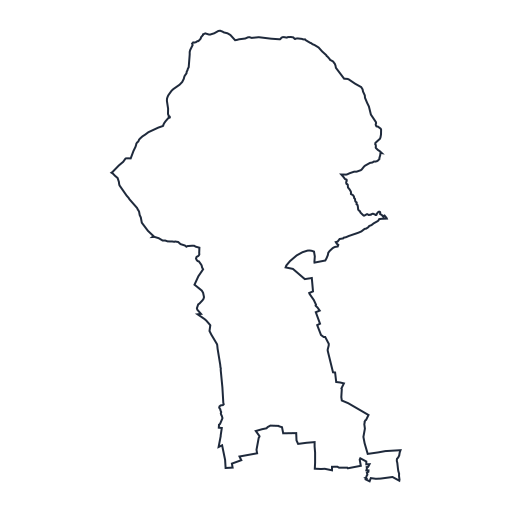 Beclean, Brasov, Romania (Mercator projection)
{"feature_id": "2599482B11377759277161", "entity_name": "Beclean", "entity_type": "district", "adm_level": 2, "iso_a3": "ROU", "parent_name": "Romania", "parent_adm1": "Brasov", "projection": "mercator", "projection_center": [24.929, 45.848], "detail": "fine", "context": "isolated", "style": "outline", "palette": "slate", "viewbox_px": 512, "rotation_deg": 0, "n_neighbors": 0, "source": "geoboundaries", "source_scale": "gbopen_adm2", "svg_char_len": 6031}
<svg xmlns="http://www.w3.org/2000/svg" viewBox="0 0 512 512"><path d="M399.3,480.7L399.5,479.7L399.0,475.9L399.1,473.7L398.3,471.0L398.0,469.0L397.3,462.9L396.8,460.9L396.9,459.4L397.0,458.8L398.2,457.5L399.2,455.5L399.7,452.5L400.5,450.2L385.3,451.1L378.2,452.4L367.7,453.9L364.6,443.2L363.4,436.9L364.9,428.6L364.3,424.1L364.7,422.6L364.5,422.0L365.3,420.4L366.1,419.9L368.5,415.0L348.2,403.2L341.8,400.5L341.3,397.1L341.8,389.1L341.4,388.5L343.9,383.4L340.2,382.5L336.2,382.0L335.1,372.5L333.0,372.3L327.7,350.7L327.7,349.5L328.7,345.6L328.8,343.9L325.2,337.0L323.7,337.0L321.0,335.0L317.2,325.1L320.0,323.7L315.8,312.2L319.7,310.6L317.5,307.5L315.7,305.8L315.6,305.4L316.0,304.7L313.8,300.0L309.6,294.0L309.2,293.0L313.0,291.4L311.8,278.0L304.8,279.1L292.9,268.9L285.6,267.4L286.3,265.5L290.0,261.1L296.7,255.4L302.5,252.2L307.5,250.6L309.6,250.5L311.7,250.8L314.0,251.6L314.8,256.4L314.4,261.9L314.5,262.6L325.3,260.5L326.5,258.3L327.8,255.2L328.3,252.7L329.7,250.9L332.6,248.2L333.7,247.5L335.1,246.9L337.7,246.5L338.3,244.9L336.8,243.7L335.8,242.1L337.6,241.6L339.6,239.0L343.2,238.4L343.7,237.7L346.0,237.2L349.0,235.9L358.4,232.7L361.4,231.4L364.6,228.9L366.2,228.6L368.3,227.2L369.2,226.0L371.5,225.1L373.6,223.4L377.7,221.1L378.4,220.5L379.2,219.1L381.6,218.8L386.8,218.6L386.5,217.9L384.5,215.5L384.1,215.7L383.8,216.6L383.4,216.9L381.9,215.1L380.1,214.0L380.2,212.6L380.1,212.1L379.5,211.7L378.6,211.8L377.8,212.5L376.8,213.8L376.5,214.8L376.2,215.0L375.5,215.0L375.0,214.5L372.9,213.7L371.5,214.2L370.8,214.8L370.3,214.6L369.1,215.0L368.7,215.0L367.4,214.2L366.9,214.2L364.3,215.6L363.7,215.6L363.2,215.2L360.5,212.6L360.2,212.0L360.1,211.4L358.8,210.4L358.2,209.6L357.8,206.3L357.5,205.0L356.5,204.2L356.7,202.9L356.6,202.4L355.6,201.7L355.3,201.2L355.0,199.2L354.9,198.8L354.2,198.2L353.9,196.4L352.8,195.0L351.0,194.1L350.9,193.8L351.0,192.3L350.8,191.5L349.5,189.3L348.0,187.5L347.7,184.6L347.2,184.1L346.6,184.0L346.4,183.6L346.2,182.9L346.2,182.0L346.7,181.0L346.7,179.9L346.4,179.5L345.6,179.4L344.9,178.9L343.5,177.0L341.3,174.5L346.2,174.6L347.3,174.3L349.7,173.2L354.1,171.7L356.5,171.7L360.8,170.2L361.7,169.5L364.0,166.6L365.0,165.7L370.0,162.9L372.4,162.5L374.0,161.5L375.3,161.6L376.9,161.2L378.0,160.5L379.4,159.0L379.4,158.0L380.2,155.2L380.5,152.9L381.8,153.1L379.8,151.2L377.8,149.9L375.9,148.0L375.7,147.3L375.9,146.1L375.6,144.6L375.2,144.2L375.4,142.9L380.0,138.7L380.5,137.3L381.0,134.5L381.1,129.7L380.7,128.7L377.9,126.6L376.5,126.4L375.9,125.4L375.7,124.3L376.1,123.2L375.9,122.1L370.9,114.6L368.9,106.5L367.1,102.8L365.0,97.8L364.8,95.4L363.0,91.5L362.6,89.4L361.2,87.1L355.1,83.7L348.6,79.3L347.3,78.9L344.1,78.7L335.9,67.8L335.5,65.6L334.7,63.6L333.9,62.7L333.5,62.0L332.8,61.3L330.0,59.8L329.6,59.0L327.4,56.5L326.7,56.1L326.3,55.2L322.1,51.4L318.6,47.5L314.5,45.0L312.5,44.2L311.1,43.1L310.5,43.0L308.1,41.6L305.6,40.1L305.1,39.4L303.2,39.4L301.9,38.9L297.6,38.4L295.8,38.6L295.1,39.0L294.7,38.9L293.3,37.4L290.9,37.0L287.9,37.1L286.8,37.6L283.8,37.1L282.5,37.2L281.5,37.7L280.2,39.2L279.8,39.3L271.1,38.7L258.8,37.2L251.6,37.9L249.5,37.2L248.0,37.3L245.3,38.5L239.0,39.3L237.0,39.9L235.1,40.2L230.4,35.0L227.5,33.3L223.8,32.4L222.5,31.6L220.1,30.7L218.3,31.0L214.2,33.3L210.0,34.6L208.8,34.5L205.3,33.4L203.0,34.4L203.0,35.0L201.0,37.3L200.8,38.3L200.4,39.0L198.8,40.7L198.3,41.1L197.5,41.1L195.9,42.2L194.2,42.6L193.2,42.4L192.1,43.6L192.5,44.6L192.6,45.1L190.2,50.0L189.7,51.9L189.7,54.5L188.7,67.2L187.8,68.9L187.5,70.2L186.7,71.7L186.5,73.3L184.7,75.8L184.2,77.1L183.8,78.8L182.2,82.0L179.6,84.7L173.3,89.1L171.6,90.7L168.7,94.7L168.0,95.9L167.4,97.4L167.0,98.7L166.9,100.9L168.1,108.7L168.0,114.0L168.6,115.5L168.7,116.3L169.3,116.3L169.7,116.6L169.8,117.5L168.1,118.3L165.5,121.3L164.3,123.0L163.4,124.7L163.2,125.7L162.9,126.0L158.3,127.6L148.4,132.2L145.2,134.6L142.4,136.4L140.1,138.5L139.1,139.6L138.3,141.5L137.0,142.6L136.3,143.8L136.1,144.9L135.5,146.8L133.5,150.9L130.7,158.4L127.2,158.3L125.9,158.4L125.4,158.7L123.2,161.8L118.8,165.5L112.5,172.0L111.5,172.7L112.9,173.6L114.9,175.7L117.6,178.0L118.9,181.9L119.1,183.8L119.5,185.4L126.6,195.6L128.7,198.0L129.4,199.2L137.0,207.9L137.5,208.8L137.8,209.7L138.4,210.3L139.1,211.8L139.7,215.1L140.8,217.4L141.8,222.7L147.9,230.8L153.5,236.1L152.4,237.0L154.5,236.9L158.7,238.2L162.6,240.5L165.1,240.5L167.7,241.4L172.4,241.5L174.3,241.8L175.1,241.5L178.2,242.0L180.5,244.1L184.9,245.5L186.4,246.7L187.4,246.1L192.4,245.7L194.3,245.8L195.5,246.6L199.4,247.7L199.2,252.6L199.3,254.5L199.0,255.1L198.3,256.0L196.7,256.8L196.4,257.2L196.0,258.6L196.8,260.2L197.7,261.1L198.9,261.4L201.3,264.8L201.7,265.7L202.1,267.5L203.1,269.3L198.4,276.2L194.5,284.7L201.8,290.6L203.1,292.8L204.0,297.1L203.5,298.9L202.5,300.3L199.4,303.6L198.2,304.4L196.9,308.2L197.3,309.7L201.0,313.9L197.6,314.3L204.6,319.1L206.3,320.6L210.2,325.1L210.3,325.3L209.5,331.0L211.3,334.6L216.9,344.0L217.2,344.9L217.6,348.8L220.2,364.6L220.5,367.5L220.8,368.2L220.7,369.9L222.4,387.5L223.3,402.8L223.7,404.3L222.9,405.1L220.7,405.4L219.5,406.4L219.2,407.7L220.3,409.3L220.5,410.5L221.2,412.1L220.8,413.3L221.2,414.9L221.6,415.3L222.4,417.8L222.4,418.4L220.4,423.1L219.8,424.2L219.0,424.7L218.8,427.7L221.8,428.0L220.7,435.3L220.7,436.1L218.6,447.0L222.1,445.3L225.1,459.9L225.6,468.0L232.6,467.6L231.9,463.6L241.3,460.2L239.5,456.5L257.1,453.3L256.5,449.8L258.7,437.9L259.5,436.6L259.4,436.0L255.8,431.0L262.1,429.2L266.5,428.3L267.6,427.1L270.4,425.6L278.6,425.9L279.0,426.3L282.0,427.2L283.2,433.3L296.2,433.1L296.5,440.4L298.1,443.9L306.4,442.8L314.6,442.1L314.6,446.5L315.1,452.6L315.1,462.8L314.8,468.7L321.0,469.0L324.8,468.8L332.0,470.3L332.0,466.8L337.3,466.7L339.1,467.7L347.3,467.7L347.8,468.3L360.8,465.8L359.7,459.6L360.3,458.3L366.3,461.5L366.3,464.3L369.5,464.2L368.1,466.9L366.7,467.1L366.9,468.5L366.4,470.3L368.5,470.4L368.4,471.8L366.9,472.6L367.4,474.7L366.7,475.7L366.2,477.5L365.3,477.9L366.6,478.8L365.9,479.5L369.6,481.3L370.8,478.1L375.8,478.8L380.5,478.6L392.5,477.0L399.3,480.7Z" fill="none" stroke="#1e293b" stroke-width="2"/></svg>